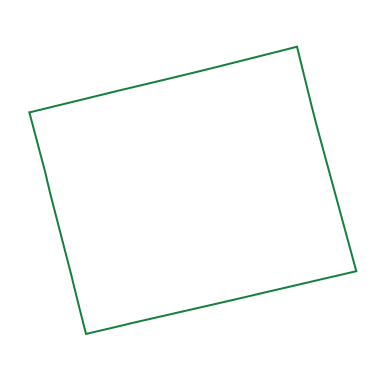 Guilford, North Carolina, United States of America, rotated 344°
{"feature_id": "52423323B75500493210020", "entity_name": "Guilford", "entity_type": "district", "adm_level": 2, "iso_a3": "USA", "parent_name": "United States of America", "parent_adm1": "North Carolina", "projection": "natural_earth1", "projection_center": [-79.836, 36.079], "detail": "fine", "context": "isolated", "style": "outline", "palette": "green", "viewbox_px": 384, "rotation_deg": 344, "n_neighbors": 0, "source": "geoboundaries", "source_scale": "gbopen_adm2", "svg_char_len": 547}
<svg xmlns="http://www.w3.org/2000/svg" viewBox="0 0 384 384"><g transform="rotate(344 192 192)"><path d="M328.1,313.4L330.1,163.6L330.1,163.1L330.6,145.9L330.7,142.2L333.0,81.3L240.9,78.3L214.1,77.2L213.9,77.2L196.7,76.5L195.2,76.4L149.5,74.3L58.0,70.7L57.6,70.6L56.3,135.3L55.8,142.2L55.8,143.8L55.7,145.8L55.3,154.2L53.1,238.0L52.9,243.4L52.8,244.4L51.7,275.4L51.5,282.4L51.4,286.3L51.3,288.0L51.0,299.2L91.9,301.2L96.3,301.3L98.0,301.4L206.5,307.3L234.0,308.6L297.0,311.8L328.1,313.4Z" fill="none" stroke="#15803d" stroke-width="2"/></g></svg>